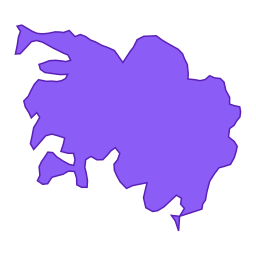 Boa Vista do Buricá, Rio Grande do Sul, Brazil (Natural Earth projection)
{"feature_id": "56859067B45095421643767", "entity_name": "Boa Vista do Buricá", "entity_type": "district", "adm_level": 2, "iso_a3": "BRA", "parent_name": "Brazil", "parent_adm1": "Rio Grande do Sul", "projection": "natural_earth1", "projection_center": [-54.117, -27.681], "detail": "fine", "context": "isolated", "style": "filled", "palette": "violet", "viewbox_px": 256, "rotation_deg": 0, "n_neighbors": 0, "source": "geoboundaries", "source_scale": "gbopen_adm2", "svg_char_len": 2102}
<svg xmlns="http://www.w3.org/2000/svg" viewBox="0 0 256 256"><path d="M179.6,216.3L201.9,209.1L202.7,204.1L205.5,200.0L206.9,191.9L209.7,181.2L214.4,173.8L219.0,167.8L224.2,166.4L230.5,164.4L234.2,157.8L236.0,152.0L237.2,146.3L234.2,141.4L228.5,136.9L229.6,128.6L234.0,125.4L236.5,121.2L239.9,117.0L240.6,111.8L239.7,106.8L234.3,105.7L229.6,104.1L229.6,97.3L225.8,90.3L224.0,82.1L220.3,78.5L214.6,77.9L209.6,75.7L205.3,79.5L200.1,80.7L194.8,79.7L188.0,79.0L188.2,73.5L187.3,64.5L184.4,58.6L182.5,53.7L178.2,49.3L172.5,46.1L167.5,43.3L162.3,40.2L156.3,35.8L143.8,36.3L137.2,39.6L133.5,47.1L130.1,51.5L122.9,62.5L118.8,56.8L114.4,50.5L108.7,47.9L101.5,45.2L95.5,41.9L90.5,40.0L85.7,36.6L80.4,34.5L75.0,36.6L69.2,30.5L63.6,32.5L59.3,32.0L55.1,31.9L48.3,33.3L42.2,33.9L36.9,33.3L32.4,31.4L26.7,28.0L21.7,25.1L17.1,26.2L20.5,31.4L18.5,36.9L17.1,46.0L15.4,54.0L20.2,53.7L26.5,47.0L31.4,41.7L36.5,40.5L42.4,42.1L49.0,45.7L54.0,48.5L59.3,51.0L63.6,53.2L67.9,54.9L70.7,60.3L65.7,61.6L61.3,60.9L55.7,60.3L49.3,60.7L43.1,63.1L39.0,64.4L40.4,69.4L44.9,72.5L52.0,73.5L60.4,74.6L67.7,74.3L65.6,78.5L61.5,80.7L56.8,81.6L51.9,81.1L46.1,81.3L38.5,79.7L34.2,84.5L31.1,90.3L28.3,96.2L23.8,101.0L25.3,106.9L28.9,112.7L31.3,117.9L36.7,112.6L39.7,117.3L37.2,121.9L33.7,127.5L32.0,136.5L30.4,143.8L33.7,149.5L40.4,141.9L45.6,135.8L51.8,134.1L57.4,135.6L64.7,138.0L63.2,144.6L60.9,151.4L67.7,153.2L73.6,153.4L75.0,159.8L73.7,165.3L69.3,164.4L63.2,161.1L56.8,156.9L52.7,152.6L47.9,152.1L44.2,157.8L41.5,161.6L39.1,166.7L39.9,175.4L37.4,180.7L42.7,184.3L47.7,183.7L51.9,177.3L58.3,175.5L62.9,174.3L68.5,171.1L74.5,171.5L76.6,178.2L76.8,184.8L81.6,187.3L87.1,187.3L87.5,180.6L86.2,173.0L84.8,167.4L85.7,159.7L90.9,156.4L96.9,159.8L102.8,159.7L107.6,154.8L110.8,150.9L115.3,147.7L119.8,153.4L117.6,159.7L114.0,164.2L114.4,170.2L116.6,175.4L120.1,181.8L126.5,188.4L132.6,185.6L147.0,182.7L143.5,197.7L145.8,207.7L152.7,211.5L157.6,210.7L164.0,206.8L176.4,195.2L181.4,198.2L180.6,204.1L184.4,208.4L179.6,216.3ZM179.6,216.3L171.4,215.4L175.4,221.1L178.6,230.9L179.6,216.3Z" fill="#8b5cf6" stroke="#5b21b6" stroke-width="1.5"/></svg>